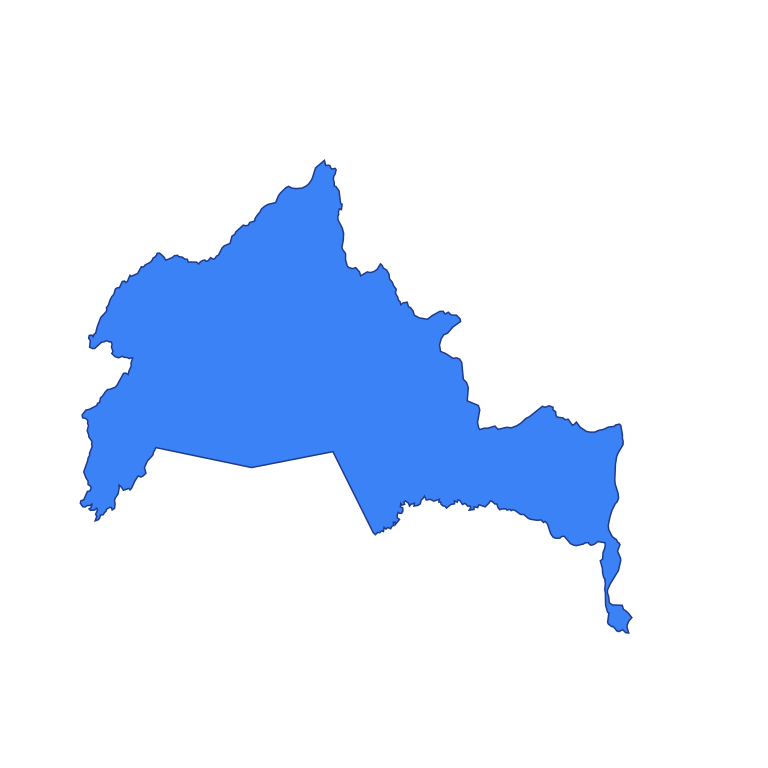 Alvorada D'Oeste, Rondônia, Brazil, rotated 194°
{"feature_id": "56859067B19178771138394", "entity_name": "Alvorada D'Oeste", "entity_type": "district", "adm_level": 2, "iso_a3": "BRA", "parent_name": "Brazil", "parent_adm1": "Rondônia", "projection": "equal_earth", "projection_center": [-62.615, -11.332], "detail": "fine", "context": "isolated", "style": "filled", "palette": "blue", "viewbox_px": 768, "rotation_deg": 194, "n_neighbors": 0, "source": "geoboundaries", "source_scale": "gbopen_adm2", "svg_char_len": 6159}
<svg xmlns="http://www.w3.org/2000/svg" viewBox="0 0 768 768"><g transform="rotate(194 384 384)"><path d="M681.7,357.0L679.5,355.1L678.5,348.4L675.1,347.9L673.3,348.5L668.2,356.2L665.5,357.4L663.8,358.9L660.7,358.4L658.9,358.9L657.5,356.8L657.4,353.9L654.9,350.1L655.5,347.7L651.6,345.5L647.9,345.2L644.6,347.6L642.7,347.0L639.5,347.6L637.2,347.0L635.9,348.2L634.2,348.4L634.5,342.7L633.6,340.4L634.6,334.9L634.6,331.2L636.9,332.1L639.3,331.4L642.8,318.1L643.9,316.0L648.9,312.4L650.8,311.8L652.4,309.2L654.1,304.3L655.7,302.1L655.6,297.3L657.3,295.9L657.5,293.6L663.4,288.4L667.0,286.5L669.4,281.0L668.3,278.3L665.4,278.5L662.6,277.0L662.1,274.1L660.7,272.1L660.7,266.9L658.3,263.3L657.5,261.1L653.3,257.5L653.1,254.8L652.0,252.6L653.0,245.6L652.4,243.6L653.2,240.7L653.0,237.7L654.1,226.1L650.5,220.9L647.6,218.1L646.8,214.8L644.3,214.0L643.0,212.4L643.5,209.1L645.8,208.0L647.3,199.1L649.8,197.4L649.9,195.0L646.6,192.0L644.2,192.4L642.5,194.3L639.3,195.2L638.2,197.5L638.3,193.3L640.0,191.4L638.3,190.4L634.2,191.7L632.7,193.9L631.5,192.4L632.3,187.8L630.7,186.2L631.2,181.4L628.7,182.9L627.6,184.8L627.3,188.2L624.7,189.3L624.2,191.4L623.0,193.2L622.9,195.3L620.4,197.8L618.6,198.2L617.3,196.0L615.4,198.1L615.9,202.7L617.3,205.7L617.2,208.2L615.4,213.2L615.8,219.0L616.6,221.8L613.6,220.2L611.2,217.9L606.2,221.0L604.8,219.8L603.7,221.7L602.3,229.3L600.3,235.3L597.3,234.9L595.4,236.6L593.4,239.9L596.2,244.9L595.0,251.9L591.1,259.1L591.1,262.2L589.9,267.1L492.3,270.9L417.2,306.0L358.6,237.3L355.9,235.7L354.2,238.5L352.3,238.6L350.9,240.9L348.8,240.7L349.2,244.9L347.0,243.7L345.6,245.7L342.5,245.2L342.0,247.5L340.5,249.2L341.5,252.1L339.8,252.5L339.1,250.1L336.2,256.4L338.8,257.5L339.4,259.9L339.2,262.9L337.5,262.3L335.6,262.8L334.9,265.5L336.0,268.5L338.4,268.6L338.8,272.2L337.3,270.8L334.9,272.2L336.0,274.4L334.9,275.8L331.4,274.2L329.7,271.7L328.8,273.8L325.6,275.6L325.4,272.8L321.8,274.4L319.8,276.5L319.9,280.2L318.4,282.6L317.7,285.0L314.9,281.6L311.3,283.3L307.3,282.4L302.4,285.5L302.2,282.7L300.5,283.2L299.4,281.0L297.4,280.0L295.3,280.2L293.3,278.7L290.1,283.2L286.6,284.8L287.3,287.5L284.3,287.1L284.2,289.4L282.2,289.3L278.7,286.1L276.4,287.8L272.8,285.6L271.0,286.4L269.9,284.9L270.8,282.2L266.3,284.0L266.9,286.7L263.2,286.7L262.7,289.8L256.1,289.3L253.4,293.7L252.5,296.3L250.3,296.0L247.4,294.4L245.5,294.9L243.3,291.4L241.2,290.0L239.8,291.1L235.6,292.3L234.1,291.4L231.4,292.9L230.0,291.9L228.5,293.2L226.2,293.0L220.0,290.5L216.9,291.2L211.4,288.5L209.1,288.2L202.4,288.8L198.8,290.1L195.7,288.2L194.6,289.6L191.8,288.1L186.0,279.0L183.0,276.4L180.6,275.8L176.1,276.9L174.9,278.9L172.2,279.9L164.5,274.2L160.8,273.5L158.2,273.7L151.9,276.9L150.5,278.4L147.5,279.5L145.8,278.1L144.1,277.6L141.2,279.3L138.3,282.9L131.2,283.4L130.3,281.1L130.1,277.7L130.7,273.5L129.5,267.2L131.4,264.7L127.6,258.2L126.0,253.1L124.1,249.6L122.6,248.2L120.9,243.6L120.1,238.1L118.7,234.9L115.4,222.8L111.9,216.7L110.4,216.2L109.4,207.0L108.2,205.3L104.4,203.7L102.7,204.0L98.2,200.7L96.1,200.6L93.0,203.3L89.4,201.2L86.3,201.6L89.4,206.7L89.7,209.1L89.1,213.3L87.0,217.3L92.4,221.4L97.2,223.4L99.3,226.9L108.8,224.9L111.7,225.8L113.0,227.5L114.4,231.7L116.7,235.5L117.3,238.1L116.3,244.1L111.4,259.8L111.6,270.0L112.3,272.1L117.0,278.4L116.2,285.3L117.5,286.6L119.2,287.2L120.7,289.2L125.0,290.8L126.9,292.5L130.8,297.2L132.2,301.0L132.6,310.2L132.2,316.7L130.8,323.2L129.2,326.5L128.8,330.2L130.5,334.6L135.5,342.9L136.9,346.9L140.0,362.1L140.7,369.7L140.1,373.9L137.4,383.0L138.0,386.0L139.6,389.1L140.3,392.2L144.2,401.1L146.0,402.0L149.3,400.3L150.3,398.6L156.0,396.4L160.1,393.0L164.4,391.0L168.0,388.2L172.5,387.1L176.3,387.0L183.3,389.6L188.1,393.6L189.5,391.1L191.3,389.6L196.8,394.4L199.8,393.1L201.8,394.4L207.7,393.8L209.4,394.9L210.8,398.7L213.9,399.9L214.3,402.3L218.6,402.8L221.9,400.4L224.9,400.7L235.1,387.3L237.9,385.1L241.7,379.1L245.2,375.5L249.8,372.3L254.4,371.7L262.4,367.6L266.2,370.0L272.5,366.3L276.4,365.2L280.1,363.0L281.6,364.5L284.0,369.4L284.8,382.0L287.3,386.0L299.2,387.8L301.3,400.8L304.3,405.4L308.2,407.9L313.7,423.5L316.6,426.4L319.7,427.0L323.3,425.6L331.2,428.4L337.0,429.3L339.6,435.3L339.4,441.9L337.8,446.4L334.7,448.6L330.9,456.0L324.8,463.2L326.0,465.6L330.3,468.3L335.5,467.2L339.0,469.2L341.6,466.7L344.3,468.9L347.6,467.8L353.7,462.1L357.6,457.3L365.8,456.7L371.3,458.1L373.4,461.8L376.7,464.5L378.9,464.8L381.3,469.0L385.1,467.3L386.9,465.0L388.3,467.7L390.2,468.8L391.7,471.5L394.9,474.9L395.0,478.9L398.4,481.6L400.6,484.8L404.0,487.2L405.8,491.8L408.9,495.1L413.0,496.5L414.3,498.5L416.5,499.7L418.4,493.6L421.0,490.6L424.3,488.8L427.4,488.7L432.8,483.3L434.9,486.8L439.6,490.1L442.1,488.4L446.1,488.5L448.1,489.4L451.4,495.3L452.8,501.2L456.3,504.1L457.9,506.3L458.3,513.6L459.6,520.4L462.2,525.2L468.2,532.0L469.3,534.8L469.0,537.8L469.9,539.8L469.7,543.2L467.5,542.9L468.1,548.3L469.7,548.5L474.3,560.4L478.3,563.9L480.2,564.2L480.9,567.0L482.7,570.6L483.0,573.3L482.2,576.1L482.3,580.4L483.8,581.4L486.2,580.0L487.7,580.6L489.2,582.7L490.7,582.9L493.5,581.9L495.9,586.6L502.7,577.1L503.3,566.9L503.9,563.8L505.4,560.1L507.1,557.6L510.8,554.3L516.4,552.4L520.5,551.8L524.5,552.7L526.9,550.4L530.9,543.9L532.0,541.0L533.0,533.8L540.2,530.1L543.1,527.2L545.3,524.0L546.0,520.9L548.4,515.8L549.2,512.9L549.0,510.8L553.4,508.2L554.1,505.3L556.3,504.1L559.0,504.1L564.6,495.7L565.1,492.9L567.3,490.7L567.4,483.2L572.4,479.5L574.0,477.0L575.8,469.1L577.6,467.4L578.2,465.2L579.8,463.7L582.8,464.7L584.5,461.1L586.3,460.0L587.8,461.0L589.5,460.2L591.6,458.3L592.8,455.7L595.5,456.9L603.5,455.0L605.0,457.4L607.6,457.0L610.2,458.3L614.0,457.9L615.4,458.9L618.4,457.8L620.1,455.4L625.8,451.3L628.0,453.8L631.1,455.6L633.5,456.7L635.7,456.0L635.9,453.8L637.1,451.7L638.5,450.4L639.1,447.5L640.7,445.1L644.5,441.8L645.7,439.2L647.8,439.1L649.8,431.7L655.2,427.4L656.8,428.0L657.8,421.5L659.1,419.9L660.6,421.2L662.8,420.1L664.0,413.5L665.9,413.0L667.6,411.2L667.9,405.4L669.2,403.1L670.1,399.5L670.5,393.8L671.8,391.0L670.9,388.8L671.2,386.7L674.9,380.1L676.1,370.2L676.1,363.7L677.3,362.3L677.7,359.4L679.2,360.8L681.7,359.9L681.7,357.0Z" fill="#3b82f6" stroke="#1e3a8a" stroke-width="1.5"/></g></svg>